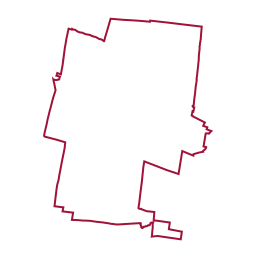 Pechea, Galati, Romania, rotated 273°
{"feature_id": "2599482B54833232986337", "entity_name": "Pechea", "entity_type": "district", "adm_level": 2, "iso_a3": "ROU", "parent_name": "Romania", "parent_adm1": "Galati", "projection": "albers", "projection_center": [27.806, 45.647], "detail": "fine", "context": "isolated", "style": "outline", "palette": "rose", "viewbox_px": 256, "rotation_deg": 273, "n_neighbors": 0, "source": "geoboundaries", "source_scale": "gbopen_adm2", "svg_char_len": 4717}
<svg xmlns="http://www.w3.org/2000/svg" viewBox="0 0 256 256"><g transform="rotate(273 128 128)"><path d="M126.5,46.4L123.5,45.8L119.1,45.0L115.9,44.6L115.3,44.9L115.0,45.4L112.6,57.2L110.6,65.4L110.4,66.1L106.1,65.8L105.4,65.9L91.3,63.8L76.6,61.8L72.7,61.4L67.7,60.3L62.7,59.8L46.0,58.7L45.4,67.6L41.3,67.0L40.6,77.6L33.3,76.8L33.4,83.1L33.2,88.0L33.3,90.7L33.3,94.9L32.7,101.5L32.4,107.3L31.8,113.6L31.5,115.6L31.4,116.2L31.4,116.5L31.4,117.6L31.4,118.4L31.2,119.1L31.2,120.0L31.1,121.0L31.1,121.7L31.1,121.9L31.1,122.5L31.3,124.5L33.7,145.5L33.2,145.8L32.8,145.6L32.7,145.3L32.2,145.4L31.6,146.0L31.2,146.1L29.9,146.3L29.0,147.0L28.8,147.7L28.9,147.9L29.8,148.1L30.1,148.4L30.2,148.7L30.2,149.9L30.8,150.6L30.9,150.9L30.9,151.1L30.9,151.5L30.9,151.9L31.2,152.3L31.9,153.1L32.0,153.4L31.9,154.0L32.0,154.5L32.4,154.9L33.0,155.2L34.4,155.5L34.9,157.0L35.0,158.1L33.8,157.7L32.7,157.7L29.9,157.9L28.4,157.8L26.5,157.7L22.4,157.6L20.8,157.4L21.7,163.2L19.6,186.5L27.3,187.2L28.6,177.5L29.1,174.1L35.8,174.7L37.2,158.5L38.1,158.5L45.5,158.7L45.9,151.0L46.8,148.2L47.5,145.9L47.9,145.6L48.0,145.1L47.8,144.4L47.9,143.8L48.1,143.1L48.6,142.6L53.3,143.1L61.0,143.6L72.1,144.4L75.7,144.7L84.5,145.1L90.1,145.4L95.5,146.0L88.0,168.9L84.7,180.9L107.8,183.4L103.8,194.7L105.3,194.8L107.1,200.0L107.4,201.1L108.2,204.2L108.6,204.0L109.2,204.3L110.1,205.5L111.0,206.3L111.8,206.8L112.4,207.0L113.0,207.1L113.5,204.4L126.6,205.9L126.9,208.7L126.6,209.1L129.3,211.4L130.5,207.6L130.7,207.1L130.9,206.6L131.1,206.7L131.2,206.8L131.5,206.8L131.8,206.9L132.0,207.0L132.3,207.0L132.7,207.2L132.9,207.2L133.5,205.0L133.8,203.9L134.0,203.3L134.1,203.0L134.6,203.2L135.2,203.5L136.0,203.8L136.3,203.9L136.8,204.2L137.5,204.5L143.0,192.2L143.4,192.0L143.6,191.4L143.8,190.9L144.0,190.9L144.6,191.0L145.2,191.1L146.3,191.3L148.2,191.6L147.8,192.4L152.1,193.1L152.2,192.5L152.3,192.0L152.5,191.8L152.6,191.6L152.8,191.5L153.0,191.4L153.3,191.4L153.5,191.4L153.7,191.6L153.8,191.8L154.0,192.2L154.2,192.4L155.2,192.5L155.9,192.5L156.5,192.5L157.3,192.5L158.3,192.6L159.1,192.6L161.6,192.8L164.1,193.0L167.0,193.2L172.0,193.4L174.5,193.6L175.9,193.8L176.9,193.9L177.4,193.9L178.0,194.0L179.2,194.1L180.3,194.1L180.5,193.9L182.0,194.0L183.6,194.2L189.4,194.5L194.1,194.8L197.3,194.9L198.4,195.0L199.8,195.1L200.6,195.1L201.3,195.0L201.7,195.0L202.7,195.0L203.2,195.0L205.0,195.0L206.3,195.1L208.3,195.2L209.7,195.3L211.5,195.4L212.2,195.3L213.1,195.2L213.8,195.2L214.7,195.5L215.1,195.5L216.1,195.4L216.7,195.5L217.2,195.6L217.8,195.7L219.1,195.8L219.5,195.8L220.0,195.9L220.7,196.0L221.7,196.0L223.5,196.0L226.7,196.1L228.7,196.2L229.9,196.2L233.1,196.3L234.4,176.1L235.3,162.9L236.4,144.5L235.3,144.4L235.7,132.1L235.8,117.3L236.2,104.9L232.5,104.0L232.3,104.0L224.2,102.1L221.8,101.5L220.1,101.1L218.0,100.6L217.3,100.3L216.3,100.2L215.0,100.0L213.6,99.7L213.4,99.5L213.7,99.1L213.8,98.7L214.2,98.5L214.4,97.8L214.7,97.5L215.1,96.7L215.3,95.2L215.2,94.7L215.5,94.4L217.0,91.4L217.3,90.3L217.5,89.2L217.5,88.4L218.0,87.8L218.1,86.7L218.3,86.4L218.9,85.5L219.2,82.7L219.6,80.3L220.8,77.4L221.0,74.5L221.4,73.7L221.6,72.8L222.0,72.2L222.0,71.8L222.7,71.0L223.2,70.3L223.4,69.4L223.4,68.2L224.1,67.0L223.3,66.7L224.1,63.5L223.8,63.4L223.1,63.3L222.3,63.2L222.1,63.2L221.2,63.0L220.7,62.9L220.0,62.8L219.3,62.7L218.2,62.6L216.4,62.2L215.1,62.0L212.9,61.7L212.6,61.7L206.5,61.0L206.2,60.9L203.3,60.6L203.2,60.6L202.9,60.6L202.6,60.6L202.4,60.6L201.8,60.5L201.4,60.5L201.2,60.5L200.9,60.5L200.8,60.4L200.7,60.4L200.4,60.4L200.2,60.4L199.6,60.3L199.4,60.3L199.2,60.3L198.9,60.3L198.3,60.2L198.0,60.2L197.9,60.2L197.7,60.2L197.4,60.2L197.1,60.1L196.9,60.1L196.7,60.1L196.4,60.1L196.2,60.1L195.8,60.0L195.7,60.0L195.4,60.0L195.2,60.0L194.9,60.0L194.7,60.0L194.6,59.9L194.2,59.9L193.9,59.9L193.7,59.9L193.4,59.8L193.2,59.8L192.8,59.8L192.7,59.8L192.3,59.8L192.2,59.8L192.2,59.7L191.7,59.7L191.2,59.7L190.9,59.6L190.5,59.6L190.4,59.6L190.2,59.6L189.9,59.6L189.7,59.6L189.4,59.5L189.2,59.5L188.9,59.5L188.7,59.5L186.4,59.3L185.8,59.2L185.5,59.1L185.4,59.1L184.9,59.1L184.3,59.0L182.5,58.7L182.4,58.7L182.2,58.7L181.5,58.6L181.3,58.6L181.2,58.6L180.7,58.5L180.1,58.4L179.6,58.4L179.2,58.3L178.5,58.2L178.3,58.2L178.2,58.2L178.9,55.3L179.2,54.5L176.5,53.8L175.8,57.4L174.6,57.0L172.9,56.7L172.1,53.8L172.2,52.6L172.4,51.4L172.5,51.1L172.7,50.9L172.1,51.0L169.9,51.6L168.7,52.0L167.0,52.4L163.0,53.4L162.5,53.6L162.2,53.7L161.2,53.5L159.6,53.1L156.9,52.4L155.0,51.9L154.7,51.8L154.4,51.8L154.3,51.7L154.1,51.7L153.9,51.6L153.7,51.6L153.2,51.5L152.7,51.4L152.2,51.3L151.4,51.0L148.3,50.5L146.6,50.1L145.7,49.9L143.9,49.6L142.4,49.2L141.4,49.0L139.8,48.7L134.6,47.7L133.2,47.4L129.1,46.8L126.5,46.4Z" fill="none" stroke="#9f1239" stroke-width="2"/></g></svg>